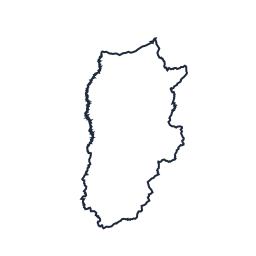 outline of Manu, Madre de Dios, Peru, rotated 232°
{"feature_id": "86281439B65493313696262", "entity_name": "Manu", "entity_type": "district", "adm_level": 2, "iso_a3": "PER", "parent_name": "Peru", "parent_adm1": "Madre de Dios", "projection": "equal_earth", "projection_center": [-71.147, -12.293], "detail": "fine", "context": "isolated", "style": "outline", "palette": "slate", "viewbox_px": 256, "rotation_deg": 232, "n_neighbors": 0, "source": "geoboundaries", "source_scale": "gbopen_adm2", "svg_char_len": 5858}
<svg xmlns="http://www.w3.org/2000/svg" viewBox="0 0 256 256"><g transform="rotate(232 128 128)"><path d="M64.0,47.0L63.5,50.4L62.0,51.7L60.6,54.5L61.0,57.4L60.8,58.8L59.9,60.0L60.3,60.6L59.8,61.4L59.9,62.9L59.3,65.5L59.8,66.4L59.7,67.7L58.3,69.5L57.1,70.3L56.6,71.8L55.7,71.4L55.2,72.8L54.4,73.1L54.6,74.0L53.5,75.2L53.2,76.8L52.0,77.8L52.2,80.2L54.8,82.7L55.0,83.8L55.7,84.6L55.5,85.5L54.4,86.5L54.4,88.3L58.2,90.7L57.2,93.7L57.2,95.8L57.8,96.6L57.9,97.7L57.6,100.1L61.1,100.9L61.4,102.7L62.8,103.5L62.2,105.0L62.2,107.7L64.7,108.3L68.3,108.2L73.3,110.3L73.4,113.9L73.7,115.2L72.9,117.5L73.5,119.7L72.6,123.5L73.2,123.4L73.8,124.1L74.5,123.8L75.7,125.0L76.6,124.8L77.2,125.8L77.5,127.6L80.8,130.3L82.1,130.5L82.8,131.3L81.7,132.0L81.4,132.8L81.2,133.7L81.7,135.3L80.8,137.2L78.8,137.6L78.2,138.5L76.3,139.2L76.2,140.2L75.5,140.5L75.2,143.2L74.3,145.7L74.7,146.7L75.7,146.5L76.2,147.6L77.5,148.0L78.7,149.8L79.3,151.7L80.5,152.7L80.4,155.0L81.6,155.6L82.1,159.0L81.3,159.6L80.7,161.5L81.6,162.3L82.4,162.1L84.6,162.8L84.6,164.6L85.7,165.7L86.9,165.5L91.3,166.6L92.1,168.5L94.3,168.6L94.6,170.4L95.4,171.1L97.0,170.3L97.9,169.1L98.7,167.5L98.7,166.2L100.9,165.4L102.3,163.7L104.7,162.9L107.8,163.6L108.1,165.9L109.6,166.9L110.3,166.7L110.9,167.7L111.4,169.9L113.3,172.3L113.7,173.6L114.5,173.7L113.9,174.9L114.6,174.9L114.8,176.1L114.4,176.8L115.1,177.9L115.9,177.7L115.7,178.4L116.3,178.5L116.4,179.5L117.7,178.5L119.0,180.0L119.9,179.3L120.1,178.3L122.9,182.7L123.7,182.9L124.1,183.9L125.6,184.6L125.6,185.3L128.2,186.2L128.8,184.9L130.4,185.1L131.6,186.0L132.0,185.5L132.6,185.7L132.8,186.7L131.9,187.0L131.5,188.4L132.3,190.0L131.8,193.2L132.6,194.2L132.2,197.2L132.6,198.8L133.2,199.1L133.7,200.2L133.8,203.7L134.5,207.3L135.1,208.4L137.0,209.0L140.5,211.6L142.1,211.1L142.1,208.9L143.4,207.4L143.2,205.8L144.3,203.0L145.2,203.0L146.5,201.9L146.8,200.8L146.5,200.1L147.4,199.5L147.8,198.0L150.0,197.3L149.2,194.5L150.3,194.5L151.5,195.4L152.2,195.3L152.8,194.2L154.4,194.5L155.6,196.2L158.1,197.7L158.9,197.3L161.1,197.9L161.6,197.4L162.8,197.6L163.0,196.8L164.4,196.0L165.0,196.5L166.4,196.4L169.1,197.4L171.4,201.6L176.8,202.1L177.9,203.0L181.2,204.1L181.6,204.9L182.0,204.1L181.8,202.8L180.8,201.6L181.6,199.7L180.3,200.4L179.8,199.9L180.7,199.2L182.2,192.1L183.4,189.5L183.9,183.8L183.8,181.5L184.9,178.1L185.7,176.5L187.8,175.2L188.5,172.6L190.0,170.0L190.6,166.3L193.9,164.7L196.1,161.1L197.3,160.4L197.9,159.4L201.5,157.8L202.4,156.0L203.9,155.1L204.0,154.0L202.8,152.6L201.8,152.3L201.8,151.7L201.2,151.5L201.2,150.4L200.5,150.7L200.5,150.0L201.2,150.3L201.3,150.0L200.6,149.6L200.2,150.0L200.6,148.9L200.1,148.7L199.7,146.4L198.7,146.2L198.8,146.8L198.4,147.0L198.4,146.3L198.0,146.7L198.1,146.0L197.7,145.6L197.3,145.8L196.1,144.7L195.4,145.1L195.3,144.4L194.2,144.1L194.3,143.4L193.6,143.3L193.2,144.0L193.0,142.8L192.5,142.7L192.5,143.5L191.7,142.9L191.6,141.7L191.3,142.2L190.5,141.4L190.5,139.7L189.6,139.3L190.1,139.0L190.2,137.2L190.6,136.9L190.4,136.4L190.7,136.0L190.3,135.8L190.6,135.2L190.0,134.8L190.6,134.0L190.1,133.9L189.7,132.4L189.0,132.5L189.4,132.1L189.3,131.4L188.7,131.3L188.9,129.7L188.3,128.9L188.6,128.1L187.7,128.4L187.0,125.1L186.6,125.6L186.6,124.7L186.1,124.7L186.3,122.6L185.7,122.6L185.1,121.9L184.9,122.8L184.4,120.0L183.9,120.3L183.6,119.4L183.4,119.8L182.6,119.5L182.8,118.5L182.2,118.4L182.6,117.3L182.1,117.8L181.7,116.9L181.3,117.3L181.2,116.2L180.4,115.7L179.6,116.1L179.4,115.6L179.1,116.2L178.6,116.2L178.6,115.3L178.3,114.9L178.5,115.5L178.1,115.4L177.9,114.7L177.1,115.2L176.8,113.9L176.1,114.3L176.4,114.1L176.3,113.1L175.5,113.6L175.0,112.2L174.0,113.0L174.1,112.6L173.7,112.0L173.8,112.8L173.2,112.5L172.4,113.2L172.5,112.8L172.1,112.7L171.9,111.8L171.5,111.5L171.1,111.9L171.2,111.3L170.8,111.6L170.7,111.0L170.3,111.0L170.5,110.0L170.1,110.2L169.8,109.3L169.1,109.8L168.9,108.7L168.4,109.0L168.7,108.7L168.1,108.4L168.5,108.0L168.3,107.5L167.6,107.4L167.9,106.2L166.9,107.5L166.6,106.1L166.4,106.7L165.7,106.2L166.1,105.9L165.7,105.2L166.0,105.1L165.9,104.5L165.3,104.1L165.4,103.2L164.7,103.4L164.3,102.6L164.1,103.0L163.6,102.5L163.0,103.7L162.9,102.9L162.3,103.3L162.0,102.8L161.5,103.0L161.6,102.1L161.3,102.5L160.9,101.9L160.3,102.3L159.8,101.6L159.5,102.3L158.9,102.2L159.0,102.9L158.3,102.6L158.5,103.0L158.0,103.0L157.3,102.0L156.9,102.9L156.8,102.2L155.8,102.1L155.7,101.5L155.1,101.9L154.9,101.1L154.5,101.4L153.9,100.1L152.6,99.7L152.3,100.2L151.7,100.1L151.9,99.3L151.3,99.2L151.3,98.6L150.7,97.8L150.2,98.1L149.8,97.3L150.1,96.7L149.8,97.0L149.9,96.6L149.3,96.5L149.4,95.8L148.7,95.9L148.2,96.6L147.4,95.9L147.5,96.5L147.1,96.2L147.0,96.8L146.2,96.1L145.9,97.0L145.6,95.8L144.6,96.5L144.5,95.8L144.0,96.1L143.4,95.7L143.5,95.2L142.8,95.0L142.6,94.2L142.1,94.5L142.3,93.9L141.8,94.3L141.2,93.5L141.5,91.5L140.9,91.3L140.6,92.3L140.0,92.2L139.7,90.9L140.0,90.5L139.6,89.9L139.8,89.3L139.2,89.3L139.5,89.0L138.8,86.7L139.1,86.4L138.6,85.8L138.9,85.7L138.3,84.8L138.1,85.1L137.9,83.8L136.2,83.0L136.0,83.5L135.9,82.7L134.8,81.9L134.1,82.2L133.2,81.5L132.4,81.6L132.0,82.5L131.1,83.1L130.9,82.7L130.3,82.8L128.1,80.3L127.1,78.1L125.5,76.9L122.7,76.1L122.5,75.5L123.0,73.9L122.7,73.4L121.8,73.6L121.1,72.9L121.3,71.4L119.5,70.0L118.9,68.9L119.4,68.5L118.4,66.8L116.7,67.1L117.4,65.8L117.5,64.8L116.5,62.9L115.9,60.5L114.7,60.4L113.6,61.3L111.4,59.3L110.8,59.5L109.4,58.6L107.6,59.1L106.0,57.6L105.3,54.3L103.5,54.7L102.9,53.7L101.8,54.2L100.7,53.5L100.5,52.1L101.3,51.5L101.7,50.4L100.9,47.6L99.0,49.5L98.4,47.8L96.9,46.5L96.2,46.8L95.1,45.7L94.7,46.6L94.3,46.6L92.6,44.5L92.0,44.9L90.3,44.4L89.0,46.8L89.2,47.5L88.5,49.0L87.4,48.8L85.3,47.5L83.1,50.3L80.7,50.8L79.2,49.0L78.7,49.5L77.7,49.1L76.9,50.2L75.8,49.4L75.0,50.2L73.1,49.8L72.1,48.8L72.0,47.9L72.7,46.9L72.2,45.9L69.1,44.8L67.6,45.4L67.5,47.5L67.1,47.8L65.7,46.9L64.0,47.0Z" fill="none" stroke="#1e293b" stroke-width="2"/></g></svg>